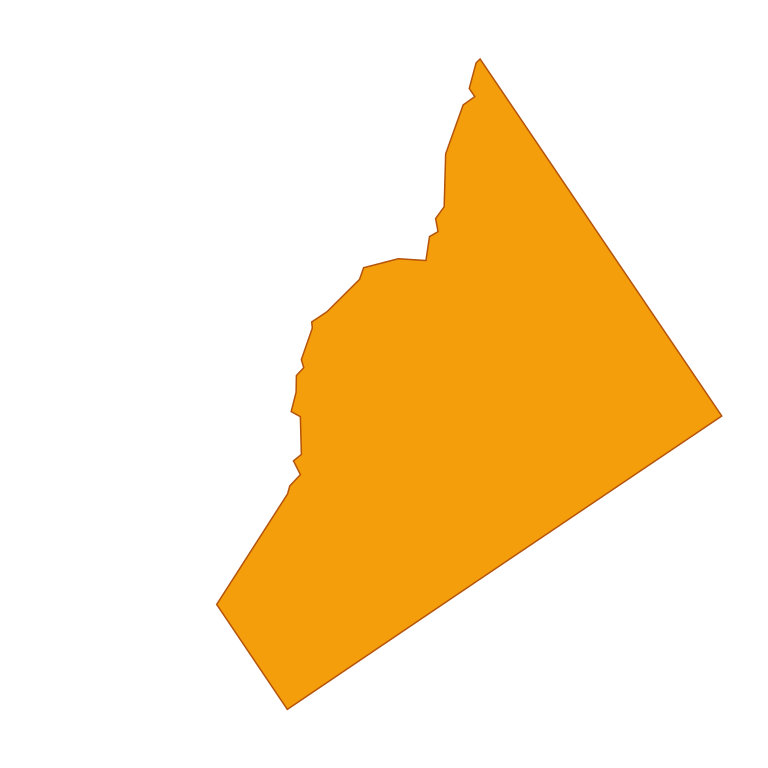 outline of Delta, Colorado, United States of America, rotated 326°
{"feature_id": "52423323B92734550287549", "entity_name": "Delta", "entity_type": "district", "adm_level": 2, "iso_a3": "USA", "parent_name": "United States of America", "parent_adm1": "Colorado", "projection": "equal_earth", "projection_center": [-107.875, 38.943], "detail": "fine", "context": "isolated", "style": "filled", "palette": "amber", "viewbox_px": 768, "rotation_deg": 326, "n_neighbors": 0, "source": "geoboundaries", "source_scale": "gbopen_adm2", "svg_char_len": 579}
<svg xmlns="http://www.w3.org/2000/svg" viewBox="0 0 768 768"><g transform="rotate(326 384 384)"><path d="M645.4,168.3L639.9,169.3L619.9,186.7L620.0,196.5L605.7,196.9L563.8,227.7L533.0,270.7L519.3,275.7L514.0,287.9L504.2,287.2L487.8,305.1L466.0,288.2L432.2,276.2L422.2,283.6L377.2,292.2L358.8,292.1L355.8,297.6L329.1,317.6L326.6,325.6L316.1,328.0L306.5,341.7L291.6,355.0L296.4,364.3L276.1,396.2L266.0,397.1L264.0,412.4L248.9,415.8L242.6,421.2L122.0,473.2L121.9,599.7L348.7,599.4L646.1,599.4L646.1,583.8L645.4,168.3Z" fill="#f59e0b" stroke="#b45309" stroke-width="1.5"/></g></svg>